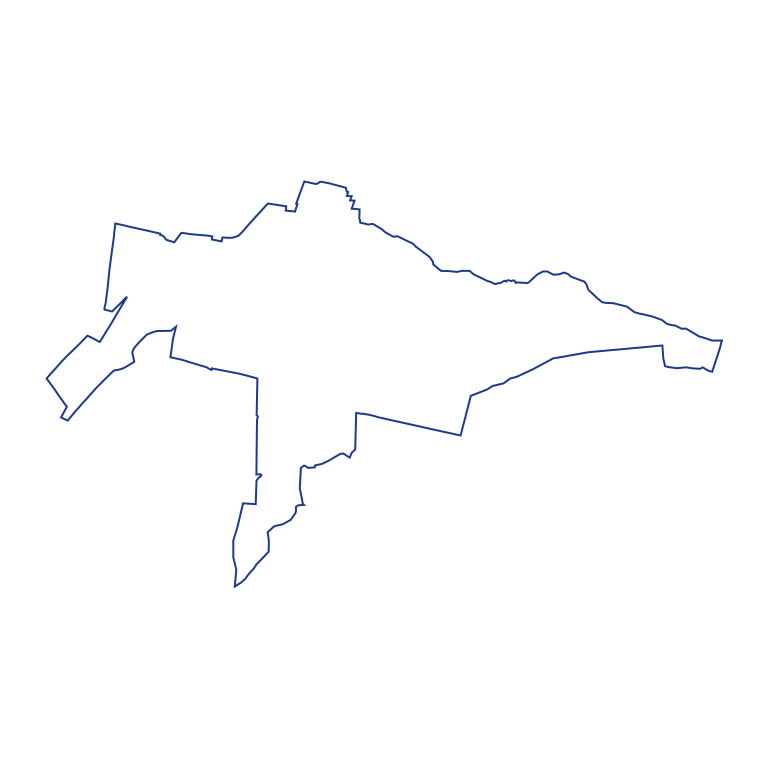 Chicoloapan, México, Mexico (Albers equal-area conic projection)
{"feature_id": "50627088B10015093996053", "entity_name": "Chicoloapan", "entity_type": "district", "adm_level": 2, "iso_a3": "MEX", "parent_name": "Mexico", "parent_adm1": "México", "projection": "albers", "projection_center": [-98.886, 19.397], "detail": "fine", "context": "isolated", "style": "outline", "palette": "blue", "viewbox_px": 768, "rotation_deg": 0, "n_neighbors": 0, "source": "geoboundaries", "source_scale": "gbopen_adm2", "svg_char_len": 5765}
<svg xmlns="http://www.w3.org/2000/svg" viewBox="0 0 768 768"><path d="M721.9,340.5L712.1,340.5L702.1,337.2L699.2,336.5L690.4,331.2L686.0,328.6L681.7,328.8L674.7,325.3L672.5,325.3L666.8,323.8L662.0,320.0L654.2,317.2L652.0,316.4L643.4,314.4L639.0,313.5L634.4,312.1L626.9,306.6L613.2,303.2L606.0,302.9L602.2,302.2L597.6,298.5L588.4,289.9L586.3,284.0L584.1,281.5L578.4,279.5L570.8,276.5L567.7,273.8L563.6,272.6L559.3,274.3L553.4,274.7L547.1,271.4L543.0,271.5L540.0,273.0L537.0,274.7L528.7,282.4L527.5,283.0L526.7,283.1L525.2,282.9L522.5,282.7L519.5,282.6L516.7,282.4L516.5,282.8L516.3,282.9L516.0,282.9L515.8,282.8L515.7,282.8L515.6,282.7L514.5,280.7L514.4,280.6L514.2,280.5L513.9,280.5L513.6,280.5L513.1,280.4L512.8,280.5L511.4,281.1L509.3,280.5L507.8,280.2L506.1,281.5L505.0,280.9L504.8,280.8L504.5,280.8L502.9,281.6L501.8,282.2L500.9,282.8L500.2,283.1L499.8,283.1L499.5,283.2L498.4,283.2L498.2,283.2L495.9,284.0L495.2,284.0L494.7,283.9L494.1,283.7L492.9,283.1L492.2,282.7L491.4,282.3L489.7,281.7L488.8,281.4L487.2,280.9L485.4,280.0L473.6,274.3L469.7,270.9L461.6,270.9L457.3,271.9L447.6,271.0L441.2,270.9L439.5,269.6L433.3,264.5L433.0,261.8L431.5,259.7L429.5,256.9L420.4,250.1L415.8,246.6L413.0,243.7L407.2,241.0L397.5,236.2L393.6,236.8L385.9,232.7L381.3,228.9L372.9,223.9L368.0,224.5L365.7,223.9L363.8,223.4L361.1,223.0L360.1,222.5L360.0,220.1L359.3,218.7L359.6,209.4L357.1,209.1L351.7,208.7L354.5,200.7L354.1,200.7L351.3,200.4L350.1,200.4L351.6,196.2L346.8,195.9L348.2,192.1L346.7,191.6L345.8,187.7L334.1,184.6L332.5,184.2L331.1,183.8L330.0,183.5L329.1,183.3L321.2,181.7L320.0,181.9L318.1,183.2L316.0,184.0L304.3,181.5L299.4,194.8L296.2,203.7L297.4,203.9L297.4,204.1L295.1,211.3L295.1,211.5L294.0,211.4L285.7,210.6L286.2,206.3L277.0,204.9L267.9,203.5L261.5,210.5L254.9,217.8L254.9,217.6L250.4,222.7L247.7,225.7L242.9,231.3L238.3,235.9L237.1,236.2L235.8,236.7L234.4,237.2L233.6,237.3L233.0,237.6L232.5,237.8L232.2,237.8L230.9,237.8L230.2,237.8L229.8,237.8L228.5,237.8L222.4,237.5L221.6,241.4L220.1,241.1L211.9,239.5L212.3,236.4L207.4,235.6L207.1,235.6L194.5,234.5L189.0,234.0L188.5,233.8L181.4,232.8L179.9,234.7L174.3,242.3L166.5,239.9L166.3,239.8L164.1,237.0L163.4,236.3L163.0,235.8L162.4,235.5L161.2,235.2L160.3,235.1L160.4,233.7L149.3,231.1L145.7,230.3L140.6,229.2L133.5,227.6L129.7,226.8L123.4,225.2L117.4,223.9L115.3,223.5L115.1,225.2L114.7,229.3L114.3,232.1L114.1,234.0L113.9,236.7L112.8,244.8L112.6,246.4L112.4,247.6L111.7,252.5L111.6,253.8L110.9,258.7L109.3,270.9L107.9,285.3L105.7,302.8L105.4,304.7L105.2,305.0L105.1,305.3L104.9,305.5L104.4,309.3L104.5,309.5L105.3,309.8L112.1,311.5L112.3,311.3L115.2,308.4L118.6,305.1L121.3,302.5L125.5,298.0L127.1,296.8L124.6,301.0L123.1,303.5L121.9,305.5L116.8,314.0L116.2,315.0L113.8,319.1L110.8,324.3L110.6,324.6L108.4,328.1L106.1,331.7L103.0,336.9L99.8,341.9L99.5,341.9L95.8,339.9L90.7,337.2L87.4,335.7L84.9,338.3L83.0,340.3L82.4,340.9L79.8,343.6L75.6,347.7L74.8,348.4L72.1,351.1L67.5,355.5L62.3,360.8L59.6,363.9L58.9,364.7L58.1,365.5L57.0,366.8L56.6,367.3L52.1,372.3L51.2,373.2L50.9,373.6L49.2,375.5L47.6,377.3L46.1,379.1L46.8,378.8L48.0,380.4L52.8,386.9L54.1,388.7L55.3,390.4L57.2,393.3L59.3,396.3L60.3,397.7L63.6,402.2L64.0,403.0L66.9,406.7L61.1,417.4L67.7,420.6L72.6,414.7L74.2,412.7L75.2,411.4L79.1,407.3L79.7,406.5L82.4,403.3L86.4,399.1L86.9,398.5L87.7,397.6L89.8,395.1L93.7,390.8L96.3,387.9L101.2,383.0L102.9,381.2L104.6,379.6L105.8,378.4L108.9,375.3L110.6,373.6L113.8,370.6L115.5,370.2L118.2,369.8L118.5,369.7L120.7,369.1L123.2,368.3L125.3,367.2L125.7,367.0L128.7,365.2L130.8,363.9L134.3,361.7L133.9,359.9L133.5,358.0L133.3,357.1L132.7,354.5L132.4,352.7L132.4,351.8L133.3,349.7L134.3,347.8L138.8,342.6L142.2,339.2L146.6,334.8L148.5,333.9L151.3,332.8L154.4,331.7L156.1,331.2L157.7,331.0L159.3,331.0L160.1,331.0L163.9,330.9L171.0,330.8L176.0,326.7L173.0,338.8L172.8,339.8L172.8,340.4L172.2,344.3L171.6,348.8L171.4,350.5L170.4,357.2L178.3,359.0L180.8,359.5L182.3,359.9L184.7,360.6L186.9,361.2L187.5,361.6L190.3,362.4L192.4,363.0L198.7,364.9L199.1,365.1L206.4,367.2L207.1,367.5L208.2,368.3L209.1,368.8L209.7,369.1L211.5,369.9L211.8,368.4L231.7,372.2L238.8,373.6L245.7,375.3L257.4,378.5L256.8,407.1L256.8,409.7L256.7,411.7L256.6,415.1L257.1,415.7L257.7,416.3L257.8,416.8L257.7,417.6L257.3,418.7L257.1,419.4L257.0,421.3L256.8,436.1L256.4,474.5L259.3,474.3L260.3,474.4L261.0,474.6L261.4,475.2L260.7,476.5L259.5,477.0L258.5,478.0L257.3,479.6L256.5,480.7L255.7,504.2L243.1,503.3L237.2,527.9L233.3,540.5L233.3,557.3L236.3,569.7L234.8,586.5L241.0,582.6L245.5,578.6L247.3,575.9L250.4,572.1L253.6,568.8L256.4,564.4L262.3,558.4L268.6,551.7L268.9,543.2L268.6,538.5L267.6,532.3L274.0,526.5L276.4,525.7L282.6,524.3L290.6,519.9L295.3,513.4L296.0,511.0L295.9,507.0L298.1,505.3L304.0,504.9L302.6,503.5L302.4,501.2L299.8,488.4L300.9,467.9L303.7,465.8L304.1,465.6L304.5,465.6L304.9,465.8L307.7,467.6L308.4,468.0L309.8,467.7L313.0,467.5L314.8,467.4L315.0,465.5L322.2,463.8L328.4,460.8L336.5,456.1L340.5,453.8L343.2,453.6L344.6,454.2L346.3,455.5L349.7,457.6L351.6,453.1L352.0,452.5L355.2,449.5L356.2,412.9L360.7,413.6L364.7,414.0L367.1,414.4L370.5,415.1L372.1,415.5L373.3,415.8L375.0,416.2L376.8,416.8L378.1,417.2L388.4,419.5L398.6,421.8L413.6,425.1L423.0,427.2L432.4,429.3L441.8,431.4L451.2,433.4L460.6,435.5L465.7,415.8L468.2,406.1L470.8,395.8L476.3,393.7L487.3,389.4L492.5,386.0L503.5,383.4L510.2,378.5L516.5,376.9L521.9,374.4L532.8,369.3L543.6,363.5L553.2,358.4L563.3,356.7L568.3,355.8L578.4,354.0L588.5,352.2L597.7,351.4L607.0,350.5L616.2,349.7L625.4,348.9L634.7,348.0L643.9,347.2L653.1,346.3L662.4,345.5L663.3,358.5L665.1,366.1L668.5,367.1L677.0,368.2L686.0,367.3L693.1,368.4L700.0,368.8L702.7,367.4L708.7,370.9L712.2,371.7L714.6,364.5L720.0,347.8L721.1,343.3L721.9,340.5Z" fill="none" stroke="#1e3a8a" stroke-width="2"/></svg>